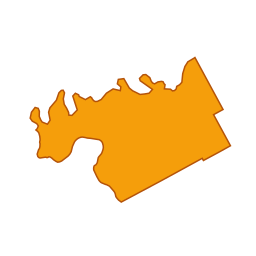 outline of Posey, Indiana, United States of America, rotated 61°
{"feature_id": "52423323B54248074305317", "entity_name": "Posey", "entity_type": "district", "adm_level": 2, "iso_a3": "USA", "parent_name": "United States of America", "parent_adm1": "Indiana", "projection": "orthographic", "projection_center": [-87.943, 38.001], "detail": "fine", "context": "isolated", "style": "filled", "palette": "amber", "viewbox_px": 256, "rotation_deg": 61, "n_neighbors": 0, "source": "geoboundaries", "source_scale": "gbopen_adm2", "svg_char_len": 2057}
<svg xmlns="http://www.w3.org/2000/svg" viewBox="0 0 256 256"><g transform="rotate(61 128 128)"><path d="M193.2,60.2L193.2,47.0L157.8,46.7L157.9,35.9L98.8,35.3L98.9,36.1L99.1,43.5L101.8,48.4L107.0,53.8L114.1,58.7L115.2,61.9L115.2,65.2L117.2,66.9L117.8,69.2L117.1,71.1L114.7,72.0L111.4,77.2L108.1,74.6L106.7,75.0L104.5,74.9L103.4,76.2L102.2,79.5L102.3,83.3L100.5,84.7L98.2,85.0L94.6,84.5L89.9,86.5L88.8,89.0L90.2,93.9L92.6,94.4L106.1,87.9L107.8,92.7L106.4,96.7L104.5,101.2L97.7,105.9L93.7,107.5L82.8,107.7L80.8,112.9L84.2,115.9L88.5,114.3L91.6,116.6L86.6,122.1L87.1,130.0L90.1,137.6L89.9,141.9L88.9,143.9L87.4,144.8L85.1,145.2L83.9,145.1L82.4,145.8L82.5,151.5L76.8,155.4L75.0,155.1L72.1,157.2L73.3,160.8L84.4,163.0L87.6,163.6L89.8,170.9L88.1,173.5L85.6,172.4L81.0,172.1L76.4,172.3L71.2,170.5L66.5,166.5L63.5,166.4L62.8,168.1L63.7,171.3L64.4,172.1L69.0,177.2L72.5,186.5L75.7,189.8L83.4,192.3L85.6,196.6L81.2,200.2L78.7,200.4L74.8,200.0L70.4,197.4L67.3,197.0L65.0,199.3L67.4,204.8L72.0,208.8L75.6,208.4L79.9,205.7L82.7,205.4L84.6,207.8L85.1,209.5L87.3,208.6L89.2,208.4L92.5,209.2L94.9,210.2L96.2,210.9L96.8,211.6L98.1,212.4L99.0,212.5L101.6,214.1L103.0,215.4L103.5,216.6L106.8,220.1L109.2,220.7L110.4,220.4L111.1,220.0L111.7,219.2L113.6,214.1L114.5,213.4L114.9,212.5L114.8,211.2L115.6,210.2L117.2,209.3L119.9,208.4L122.4,207.1L123.8,206.1L124.5,204.2L124.7,202.0L123.5,194.0L122.7,191.7L121.2,189.2L117.2,185.5L114.4,181.8L113.8,180.7L113.2,178.9L112.9,177.2L112.9,175.5L113.2,173.8L113.7,172.5L114.2,171.8L115.7,169.9L117.1,168.4L117.3,168.1L119.0,165.6L124.4,158.7L126.6,157.7L128.3,157.5L131.3,158.2L133.2,159.1L134.7,160.3L136.9,162.7L137.7,164.0L139.1,167.7L139.6,168.5L143.3,171.6L143.6,172.0L144.6,173.8L144.6,175.5L144.7,175.9L145.7,177.0L147.1,177.9L148.1,178.3L155.3,178.8L159.4,178.8L160.8,178.6L161.0,178.5L162.2,178.2L163.1,177.7L166.5,175.0L167.1,174.3L169.9,172.4L177.0,170.9L179.1,171.0L182.2,171.9L184.0,171.7L186.4,171.2L189.5,169.8L190.2,124.9L190.5,77.8L193.0,77.8L193.2,60.2Z" fill="#f59e0b" stroke="#b45309" stroke-width="1.5"/></g></svg>